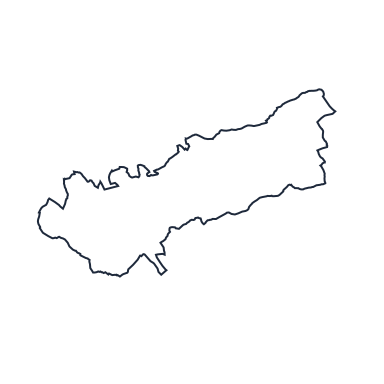 the district of Matei, Bistrita-Nasaud, Romania, rotated 78°
{"feature_id": "2599482B73897291449250", "entity_name": "Matei", "entity_type": "district", "adm_level": 2, "iso_a3": "ROU", "parent_name": "Romania", "parent_adm1": "Bistrita-Nasaud", "projection": "albers", "projection_center": [24.25, 46.99], "detail": "fine", "context": "isolated", "style": "outline", "palette": "slate", "viewbox_px": 384, "rotation_deg": 78, "n_neighbors": 0, "source": "geoboundaries", "source_scale": "gbopen_adm2", "svg_char_len": 6041}
<svg xmlns="http://www.w3.org/2000/svg" viewBox="0 0 384 384"><g transform="rotate(78 192 192)"><path d="M245.3,307.3L248.6,306.0L250.2,305.5L250.5,304.1L250.6,302.5L250.5,301.4L250.2,300.3L250.8,299.4L250.9,298.9L250.7,298.4L250.7,298.1L251.7,297.2L251.7,296.6L252.9,295.2L252.5,293.4L255.3,291.0L254.5,290.1L256.7,287.3L257.0,284.4L257.3,283.7L257.8,283.0L257.4,282.8L258.1,281.7L259.7,280.1L258.3,277.2L258.0,276.0L257.5,272.0L256.7,271.3L255.5,270.9L254.4,270.4L251.0,264.8L246.9,259.2L243.4,256.0L243.5,255.5L244.2,254.8L242.7,252.6L242.8,252.0L243.4,251.2L251.0,247.0L253.2,244.7L254.1,244.0L259.7,241.6L263.2,241.4L266.5,239.3L263.2,233.3L262.5,233.9L258.2,236.2L254.1,237.9L248.6,240.0L245.9,240.3L245.9,238.3L246.4,233.6L247.6,231.8L245.2,231.4L243.7,231.6L240.3,231.3L235.1,233.4L234.6,232.4L234.0,230.4L232.7,227.8L231.1,226.8L229.8,225.0L228.8,224.7L228.2,224.3L227.7,223.8L226.4,221.8L225.4,222.1L224.7,222.1L222.9,221.5L222.4,221.1L222.2,220.3L222.2,218.8L223.0,216.1L223.3,215.7L224.1,215.5L225.3,212.4L222.5,207.7L222.2,206.9L222.0,204.4L221.0,203.0L220.8,202.0L220.4,201.1L220.0,200.4L219.5,199.9L219.1,198.1L219.7,196.3L219.5,195.2L218.2,194.1L218.3,191.9L218.2,191.4L218.9,190.7L219.6,189.5L219.6,189.1L220.5,188.9L222.4,188.9L223.2,188.7L224.9,188.0L226.0,187.1L225.0,185.2L224.4,184.8L223.0,182.8L222.9,182.4L223.1,181.3L222.9,180.4L223.1,179.5L223.0,178.5L222.6,177.6L223.4,174.1L222.4,171.1L220.1,163.4L219.5,162.3L219.5,161.9L219.7,160.2L221.7,157.9L222.9,154.7L222.5,151.2L221.6,146.9L221.7,143.6L221.3,141.9L220.6,140.5L218.4,139.2L216.9,137.3L216.1,136.0L215.4,135.3L214.3,132.8L213.4,130.2L211.8,127.1L211.7,126.6L211.6,124.3L211.7,119.7L211.5,119.1L212.2,116.5L212.2,114.8L212.7,114.5L213.1,113.0L213.5,109.9L213.6,108.7L213.1,107.1L210.4,102.6L209.4,102.4L208.6,101.4L207.9,100.1L206.6,97.9L205.4,96.5L205.1,95.2L205.3,94.6L205.9,93.9L205.9,93.7L205.7,93.4L207.7,92.4L208.6,91.3L209.6,90.6L210.4,87.1L211.3,86.3L212.1,84.8L212.5,83.2L212.5,82.4L212.2,81.6L212.1,80.5L212.1,79.3L212.0,77.0L212.3,74.8L212.1,73.2L212.3,72.5L211.3,68.9L211.6,65.1L211.4,63.4L211.7,62.3L211.2,59.8L210.5,59.7L209.1,60.0L206.2,59.6L204.5,59.0L203.0,58.9L201.7,58.4L197.9,58.9L193.9,60.2L192.8,60.9L192.4,59.7L191.1,58.3L190.6,56.5L190.7,56.0L190.2,55.9L189.9,55.7L186.3,57.3L185.1,58.6L183.8,59.4L181.1,60.1L178.8,60.2L177.4,60.7L177.0,58.8L176.4,55.2L176.1,50.5L175.0,50.1L174.4,50.1L174.0,50.5L173.0,50.0L170.9,50.5L170.4,50.6L170.0,51.1L169.2,51.6L165.8,52.7L163.1,52.1L160.4,51.2L159.3,51.1L157.3,51.8L157.2,52.1L154.3,53.5L149.7,54.9L146.6,50.1L145.1,46.8L144.9,46.0L144.8,44.1L144.8,38.7L144.7,38.1L142.9,35.1L141.6,36.3L139.7,37.7L136.8,39.5L125.7,44.1L125.3,43.4L124.5,42.9L123.3,42.6L121.0,42.8L118.9,44.1L118.0,46.2L118.1,47.4L118.5,48.5L118.5,49.9L118.3,51.8L117.5,56.1L117.6,57.8L118.0,58.4L118.0,59.4L118.5,60.8L118.2,62.6L118.2,63.5L118.4,64.2L119.8,66.7L120.7,67.5L121.2,68.2L121.9,70.2L122.2,70.6L122.7,72.8L122.7,73.9L123.0,77.1L123.3,78.3L123.5,79.6L124.0,81.4L124.1,82.3L124.6,83.3L125.1,85.1L126.4,86.6L127.0,87.8L127.0,89.4L127.3,91.3L127.8,91.2L129.7,92.6L130.1,93.1L130.2,93.7L130.6,94.5L133.5,96.6L133.9,98.6L133.9,98.8L133.6,99.2L133.6,99.6L134.6,100.7L135.6,101.1L136.0,101.6L136.6,103.2L137.4,103.6L137.6,104.8L139.4,104.2L139.8,104.7L139.9,107.1L139.9,109.9L140.4,111.9L140.4,117.3L140.3,118.0L139.4,120.1L138.7,122.5L138.5,123.9L139.1,126.9L140.2,130.3L140.3,132.1L140.1,133.8L140.4,136.1L140.0,137.9L139.1,140.3L139.4,142.3L139.2,145.6L138.5,148.1L137.6,150.3L137.9,151.4L138.4,152.0L138.9,152.6L140.1,153.2L140.9,156.2L142.7,158.3L143.8,160.2L144.5,160.6L144.1,162.0L143.5,165.6L142.3,168.6L138.4,173.4L136.9,175.6L136.7,176.1L136.5,177.4L136.8,178.3L136.8,179.7L137.3,180.9L138.7,185.4L138.7,186.3L138.4,186.9L138.8,186.9L139.6,187.5L143.6,187.5L144.3,185.8L146.8,185.2L147.3,185.8L149.9,187.7L150.0,187.9L149.8,188.1L148.2,189.2L149.0,190.4L146.0,192.1L143.6,194.3L143.6,194.9L143.9,196.8L146.7,196.5L148.7,197.2L149.8,196.6L150.4,197.1L151.9,199.8L151.8,200.1L153.6,203.8L154.7,206.5L154.8,207.3L157.3,209.4L157.7,210.4L159.2,212.0L160.6,213.0L161.1,214.0L161.6,216.3L162.9,220.5L162.8,221.7L163.5,224.7L164.5,224.4L166.2,222.0L166.8,221.4L167.1,221.5L167.6,222.3L167.6,226.6L167.4,227.8L166.8,228.5L167.6,230.1L167.2,231.7L166.4,232.3L165.1,232.3L164.6,231.8L163.7,230.0L163.7,229.6L162.9,229.6L159.3,231.9L157.7,233.2L156.9,233.2L155.5,235.3L154.7,236.8L154.6,238.7L154.9,239.5L156.9,239.8L158.0,239.5L159.8,240.0L162.3,239.7L163.4,239.9L164.0,239.6L165.7,240.3L166.5,241.3L165.2,243.7L165.4,247.6L164.7,248.6L163.3,249.9L160.6,250.4L158.8,251.8L157.3,250.9L155.7,250.6L153.8,253.0L153.3,254.1L152.5,257.5L154.1,258.3L154.7,262.8L155.3,265.6L154.4,265.9L156.4,267.9L158.0,269.1L160.3,270.2L163.3,270.4L167.3,269.8L167.1,265.4L169.5,263.5L170.8,263.0L171.4,277.1L164.7,278.8L162.9,279.5L163.6,279.8L166.0,282.1L168.3,283.2L165.8,285.9L162.9,286.5L162.0,287.2L160.0,287.9L159.5,288.7L159.4,289.4L159.8,289.7L160.4,291.1L160.2,292.0L156.1,293.9L153.9,295.3L151.4,296.3L149.8,297.6L149.5,297.9L149.4,298.9L148.7,299.9L148.6,300.9L147.5,303.2L150.1,303.1L149.9,305.2L150.1,306.0L153.0,308.9L153.0,313.1L152.6,313.6L153.5,314.3L153.1,314.7L155.9,315.1L157.1,315.5L159.3,315.3L160.7,315.4L163.2,314.7L164.1,314.8L166.5,314.4L168.0,313.9L169.6,314.2L170.6,314.9L172.2,315.3L172.7,316.4L173.5,316.7L173.8,317.1L177.2,318.6L181.5,321.7L178.9,323.8L177.1,324.8L173.3,328.2L168.7,333.0L169.9,334.4L172.0,335.5L174.2,337.3L175.4,341.2L176.5,342.8L177.7,343.9L180.3,346.0L180.7,345.2L184.2,346.6L186.7,348.1L188.5,348.8L190.2,348.9L191.6,348.8L194.6,347.8L194.9,347.8L195.2,348.2L195.6,348.4L200.7,346.4L201.2,346.0L205.2,341.8L208.2,338.2L208.4,337.1L208.2,335.3L209.0,333.9L208.2,331.7L208.2,331.2L209.5,329.9L210.7,327.7L212.1,326.1L215.8,324.1L219.8,323.2L223.6,320.5L225.1,318.6L225.3,317.8L227.2,316.9L228.2,315.8L228.5,315.1L229.4,314.1L230.5,314.4L230.9,314.1L234.4,309.7L235.4,307.8L236.0,307.5L237.1,306.3L238.8,306.9L241.3,306.8L245.3,307.3Z" fill="none" stroke="#1e293b" stroke-width="2"/></g></svg>